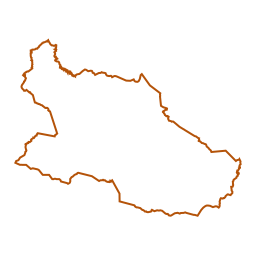 Yoro, Yoro, Honduras
{"feature_id": "27666195B27527118551469", "entity_name": "Yoro", "entity_type": "district", "adm_level": 2, "iso_a3": "HND", "parent_name": "Honduras", "parent_adm1": "Yoro", "projection": "orthographic", "projection_center": [-87.286, 15.28], "detail": "fine", "context": "isolated", "style": "outline", "palette": "amber", "viewbox_px": 256, "rotation_deg": 0, "n_neighbors": 0, "source": "geoboundaries", "source_scale": "gbopen_adm2", "svg_char_len": 5618}
<svg xmlns="http://www.w3.org/2000/svg" viewBox="0 0 256 256"><path d="M104.7,72.9L102.8,72.7L101.6,72.2L100.7,72.9L98.9,73.0L95.1,74.9L94.0,73.2L92.7,72.8L92.2,71.3L91.9,70.9L90.7,70.7L88.2,71.2L86.1,69.8L84.9,69.5L82.6,71.1L79.5,73.9L76.9,74.4L76.1,74.9L75.8,75.5L75.0,75.5L74.7,75.8L74.8,76.3L74.0,75.8L73.5,76.1L73.4,75.9L73.7,75.4L73.1,75.1L72.3,75.6L72.0,75.1L72.1,74.8L71.3,74.0L71.8,73.7L71.5,73.1L70.4,73.7L70.2,73.5L70.0,73.8L69.8,73.8L69.7,73.0L70.3,72.5L70.4,72.0L70.3,71.5L69.6,71.3L69.1,71.3L68.4,71.9L67.8,72.1L67.7,72.7L67.5,72.3L67.7,71.6L67.6,71.2L66.9,71.8L66.2,71.6L66.6,70.9L67.5,70.6L67.4,70.2L66.3,70.0L66.0,69.5L65.4,69.2L65.0,69.7L65.2,70.2L64.5,70.1L64.0,70.4L63.8,69.9L64.0,68.8L63.4,68.9L63.0,68.4L62.6,68.7L62.4,69.3L61.8,69.1L61.2,68.2L61.5,67.4L61.2,66.8L60.8,67.0L60.5,67.9L59.9,67.7L60.0,66.7L60.2,66.4L60.1,65.9L60.3,65.0L59.5,64.2L59.1,62.3L58.3,61.6L56.5,61.4L55.2,60.6L55.1,60.3L55.6,60.1L55.8,59.6L57.3,58.7L56.9,58.2L55.7,57.7L55.8,56.8L54.7,56.8L54.4,56.3L54.4,55.7L55.1,54.4L55.1,53.4L54.4,52.2L56.1,50.9L56.0,50.5L55.2,49.8L56.1,49.8L56.3,49.5L55.5,48.2L56.1,47.6L56.3,45.2L55.8,44.9L54.1,45.9L52.3,45.3L51.8,45.4L50.5,44.4L49.4,42.4L48.8,41.6L48.5,40.8L48.0,40.6L48.0,40.3L47.4,40.7L47.5,41.2L47.4,41.5L46.0,41.5L44.5,42.3L43.3,42.4L42.7,43.2L42.0,43.3L41.2,44.4L40.3,45.0L39.8,45.7L39.0,46.3L38.8,47.2L37.9,47.7L37.3,48.7L36.1,48.6L35.5,49.1L34.9,49.4L33.1,49.7L32.3,49.6L31.9,50.1L30.7,50.4L30.7,51.1L31.6,51.6L31.8,52.0L31.6,52.7L31.1,52.6L30.7,52.9L30.6,54.0L30.8,54.5L30.7,55.8L31.0,57.2L31.6,57.8L31.4,58.6L31.8,59.7L31.4,60.2L32.1,60.5L31.9,60.9L32.3,62.0L32.2,63.6L32.5,64.4L32.1,64.9L32.0,65.9L32.3,66.6L31.7,67.5L32.2,67.9L32.3,68.4L28.3,71.5L27.4,71.4L26.6,71.8L26.3,72.2L25.6,72.3L25.0,72.9L24.6,73.8L24.2,73.6L23.7,74.3L24.1,74.6L23.2,75.3L23.8,75.9L25.0,75.5L24.9,76.8L25.9,78.1L25.9,78.5L25.3,79.4L25.1,80.6L24.0,81.5L24.0,82.2L22.0,85.0L21.5,86.4L21.7,87.7L22.7,89.1L23.7,89.9L24.0,90.7L25.2,90.8L26.5,89.9L29.3,92.4L29.8,92.1L30.2,92.3L30.5,93.1L32.9,95.1L34.8,102.2L35.2,102.7L35.9,102.6L36.8,103.3L37.7,103.4L38.3,104.0L39.5,104.1L40.1,104.4L40.4,104.8L42.3,105.4L42.8,106.1L43.2,106.2L44.8,107.6L45.5,108.0L46.1,107.8L46.5,108.0L47.3,107.9L48.2,108.7L48.6,110.0L48.3,110.3L48.8,110.9L50.0,111.4L56.9,132.7L56.8,133.2L57.1,133.6L55.9,134.7L55.0,135.2L54.7,136.4L37.7,133.2L37.3,133.6L37.2,134.3L36.8,134.5L36.6,135.6L35.5,135.8L34.0,137.9L33.3,137.6L33.2,138.2L31.5,139.2L31.0,139.9L31.4,140.8L31.2,141.0L29.8,142.1L28.7,141.9L28.5,142.1L28.3,142.9L27.8,142.8L27.6,143.2L27.1,143.2L26.1,143.9L25.6,144.0L25.5,144.3L26.1,144.7L25.8,145.2L25.5,147.1L26.0,149.4L26.4,150.3L26.1,151.3L25.7,151.4L25.3,151.9L25.2,153.0L24.4,155.1L20.1,157.6L18.4,160.2L16.2,161.0L15.4,162.8L19.9,164.8L26.2,164.9L30.8,168.9L32.8,168.3L37.7,169.4L38.9,170.1L42.7,174.8L43.4,174.9L49.1,174.9L52.2,179.1L53.3,179.2L54.3,178.8L55.4,178.8L56.5,179.1L59.3,179.1L60.5,180.2L61.0,181.5L67.1,183.1L68.0,183.8L69.5,183.0L69.9,182.5L70.3,181.2L70.2,179.0L71.6,177.1L72.6,176.7L74.4,175.0L75.7,174.3L76.7,174.1L77.2,173.3L77.7,172.9L78.3,172.8L91.9,176.2L99.1,181.0L100.4,180.3L102.6,180.2L102.8,179.9L103.6,179.9L104.0,180.4L105.0,180.3L106.4,181.5L108.1,182.0L108.5,181.8L109.3,182.0L109.4,181.7L109.8,181.7L110.0,181.4L110.4,181.6L110.4,181.1L110.7,181.3L111.1,180.8L111.5,181.1L112.2,180.4L119.5,193.6L119.6,201.4L134.3,205.3L134.7,205.6L134.9,206.3L135.6,206.9L136.6,207.4L137.6,207.4L140.3,208.1L142.3,209.9L143.5,210.2L145.1,211.6L146.1,211.4L146.8,212.0L148.0,212.2L150.9,211.6L151.3,211.3L151.6,210.1L151.9,209.8L154.4,211.2L157.1,210.3L159.0,210.6L160.3,210.3L162.2,210.8L165.5,213.6L166.8,214.0L167.7,213.9L168.4,214.5L168.7,215.3L170.3,215.7L171.2,215.5L174.7,213.3L177.6,212.8L179.8,213.6L180.8,213.0L183.6,212.9L185.2,212.4L186.4,212.9L193.8,214.9L194.8,214.9L197.6,215.7L201.2,210.0L203.2,207.7L204.9,206.4L206.4,205.6L207.8,205.5L210.0,205.8L212.9,207.1L215.5,206.3L216.9,206.4L218.7,207.6L219.5,206.6L219.7,205.1L219.5,204.3L219.9,203.3L219.6,201.6L220.4,198.9L220.9,198.2L222.8,198.6L223.5,198.0L224.2,198.1L225.3,197.0L225.5,196.2L227.5,194.4L228.3,194.4L229.2,194.8L230.6,195.1L230.9,194.5L232.3,193.2L232.4,191.7L231.6,190.5L231.6,189.5L231.2,186.8L232.6,186.7L233.0,185.8L233.2,184.9L232.9,184.1L233.0,183.3L232.8,181.6L233.5,180.8L233.5,180.1L233.8,179.6L236.4,177.8L236.7,176.5L237.7,175.9L237.9,174.7L238.8,173.8L238.8,173.2L238.5,172.7L237.2,173.2L236.8,172.5L237.3,170.5L238.1,170.4L239.0,169.0L238.9,168.2L240.0,167.8L240.0,167.3L239.5,167.1L239.3,166.4L239.8,165.0L240.6,164.3L240.3,162.3L240.5,161.4L239.4,159.2L239.2,159.6L236.9,160.2L235.9,161.0L225.7,150.7L211.4,152.0L210.9,150.7L210.4,150.0L209.4,149.3L208.5,148.0L206.7,146.5L206.2,144.9L205.7,144.2L204.4,143.9L203.4,143.3L201.8,143.0L200.4,141.6L198.7,141.0L198.7,140.7L199.3,140.0L198.8,138.7L199.0,138.3L197.8,137.8L196.0,136.4L194.7,136.1L179.5,126.8L173.3,121.6L172.4,121.5L171.7,121.7L171.0,121.1L169.0,120.7L168.1,118.8L168.4,117.7L168.3,117.4L168.6,116.7L167.7,116.1L167.3,116.3L167.0,116.0L166.3,116.2L165.4,115.3L164.9,115.0L164.7,114.1L164.0,113.4L163.8,112.8L163.2,112.3L163.4,112.0L163.0,111.7L163.2,111.3L163.9,111.0L164.9,110.3L165.6,109.6L166.4,109.8L166.8,109.7L167.0,108.5L166.2,108.1L165.7,108.1L165.2,107.8L163.4,107.3L161.0,105.8L160.0,96.4L160.2,96.0L160.0,94.5L160.3,93.3L149.9,85.4L141.8,74.1L140.7,75.1L139.8,79.0L138.7,81.1L137.6,81.8L136.9,81.8L135.5,81.6L134.6,81.1L133.7,79.4L130.4,80.8L126.2,80.6L116.4,76.3L115.0,76.0L114.2,76.1L112.1,77.2L111.4,76.1L110.9,75.8L109.1,76.1L107.1,75.7L106.1,74.6L105.6,73.2L104.7,72.9Z" fill="none" stroke="#b45309" stroke-width="2"/></svg>